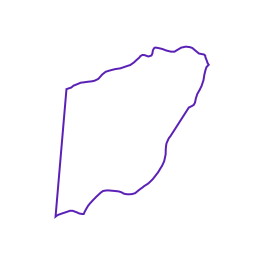 Warwick/Daban, Choiseul, Saint Lucia (orthographic projection), rotated 252°
{"feature_id": "8701671B22929774804888", "entity_name": "Warwick/Daban", "entity_type": "district", "adm_level": 2, "iso_a3": "LCA", "parent_name": "Saint Lucia", "parent_adm1": "Choiseul", "projection": "orthographic", "projection_center": [-61.001, 13.811], "detail": "fine", "context": "isolated", "style": "outline", "palette": "violet", "viewbox_px": 256, "rotation_deg": 252, "n_neighbors": 0, "source": "geoboundaries", "source_scale": "gbopen_adm2", "svg_char_len": 1546}
<svg xmlns="http://www.w3.org/2000/svg" viewBox="0 0 256 256"><g transform="rotate(252 128 128)"><path d="M66.1,31.7L66.6,33.0L67.0,34.8L67.1,39.9L67.1,42.5L67.2,47.3L66.4,49.7L63.5,53.4L61.7,55.3L60.2,58.2L59.9,59.3L62.0,61.2L64.5,63.9L66.2,65.8L67.7,68.0L68.3,69.0L70.3,72.6L72.3,76.4L73.7,79.4L75.1,82.4L75.8,84.8L75.4,87.6L74.9,89.6L72.4,95.5L70.6,99.5L68.9,101.9L66.9,103.7L65.9,105.4L65.7,105.7L64.7,108.2L63.9,111.5L63.8,114.5L64.2,115.7L65.7,119.4L67.1,123.8L67.7,125.2L68.7,129.2L69.3,130.9L71.1,134.6L71.8,135.9L76.0,142.1L76.7,143.1L79.6,146.4L81.5,148.7L84.1,151.1L85.2,152.1L87.2,153.3L91.2,155.6L94.5,156.8L96.3,157.4L100.1,159.1L101.5,159.9L102.0,160.3L103.1,161.3L105.3,163.3L106.0,164.1L107.0,165.7L128.7,192.2L129.1,195.3L129.7,197.7L131.5,199.6L135.2,201.7L138.9,204.4L142.2,208.0L145.3,211.0L150.2,214.6L155.1,217.1L159.2,219.6L161.7,221.5L163.2,224.3L165.3,223.7L166.4,223.8L171.5,223.5L173.0,223.8L174.4,223.0L174.9,222.1L176.9,218.5L180.2,216.4L184.2,213.9L185.7,212.0L187.5,208.2L188.0,203.5L187.6,201.7L186.5,196.9L186.2,195.9L187.3,192.5L189.9,188.3L192.6,185.0L195.0,181.0L196.1,178.7L196.0,177.8L195.0,176.5L194.0,175.6L191.3,174.2L189.7,172.7L189.7,169.5L190.4,168.6L192.3,166.1L193.0,164.3L192.6,162.1L191.4,160.4L190.1,157.3L188.5,153.9L187.2,149.6L187.2,144.5L187.1,139.2L188.0,133.8L188.3,129.1L188.4,124.2L186.9,120.1L183.9,115.0L183.3,111.0L183.6,107.8L184.4,104.1L185.1,99.9L185.7,97.1L185.4,93.7L185.1,89.3L184.0,86.4L184.0,83.9L184.0,81.5L66.1,31.7Z" fill="none" stroke="#5b21b6" stroke-width="2"/></g></svg>